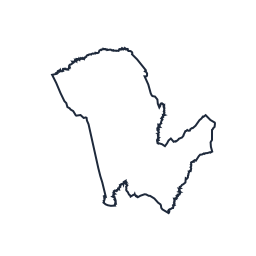 Tap Khlo, Phichit, Thailand, rotated 138°
{"feature_id": "78962969B53438077198492", "entity_name": "Tap Khlo", "entity_type": "district", "adm_level": 2, "iso_a3": "THA", "parent_name": "Thailand", "parent_adm1": "Phichit", "projection": "robinson", "projection_center": [100.596, 16.192], "detail": "fine", "context": "isolated", "style": "outline", "palette": "slate", "viewbox_px": 256, "rotation_deg": 138, "n_neighbors": 0, "source": "geoboundaries", "source_scale": "gbopen_adm2", "svg_char_len": 5766}
<svg xmlns="http://www.w3.org/2000/svg" viewBox="0 0 256 256"><g transform="rotate(138 128 128)"><path d="M92.2,202.1L93.1,202.8L93.4,203.5L94.0,203.2L94.7,203.8L95.6,203.8L95.7,204.3L97.4,204.7L99.3,203.7L99.9,203.8L100.8,204.3L101.7,205.5L102.0,205.1L102.5,205.2L103.0,205.9L104.0,206.3L104.4,207.0L105.9,207.5L106.2,207.3L106.8,208.1L108.1,208.8L108.7,208.7L109.3,209.3L110.4,209.4L111.4,208.8L112.4,209.2L113.1,209.0L113.2,209.4L113.8,209.5L114.6,208.7L114.9,209.4L115.3,209.6L115.2,210.6L115.9,210.6L116.1,211.1L116.4,210.8L116.8,211.4L117.4,211.1L118.1,211.4L118.5,211.1L118.6,211.7L118.1,211.8L118.0,212.4L118.5,212.2L119.5,213.2L119.6,212.4L120.4,213.2L120.6,212.4L121.2,212.3L121.7,213.6L121.9,213.1L122.0,213.6L122.5,213.5L122.6,212.9L123.0,213.5L124.1,213.1L124.5,213.9L125.0,213.5L125.2,214.0L125.4,213.3L126.4,213.2L128.1,213.5L129.0,214.0L129.7,213.8L130.0,213.2L130.4,213.3L130.8,211.9L131.3,212.2L131.5,211.9L131.7,212.2L132.1,211.8L133.5,211.9L133.6,211.6L134.3,212.3L134.2,212.7L134.9,213.2L134.7,213.9L135.3,214.4L135.7,214.3L135.8,214.7L136.7,215.4L137.8,214.6L138.0,213.8L139.0,214.2L139.8,215.0L139.5,216.2L140.5,215.6L141.0,215.7L140.6,216.8L141.3,217.0L141.9,216.3L142.4,217.1L143.5,216.5L144.0,216.7L143.8,215.9L144.6,215.9L148.8,218.3L151.2,209.5L154.8,199.1L157.3,190.5L157.2,187.8L159.0,184.1L158.2,181.7L158.3,180.1L157.4,177.2L158.3,172.6L158.2,171.8L154.6,169.4L154.2,165.1L152.3,164.1L152.0,163.2L153.5,161.1L154.8,157.2L177.0,117.9L180.8,110.7L183.5,104.8L189.6,93.5L190.3,92.2L190.7,93.3L191.4,93.4L191.4,92.9L191.8,92.6L191.4,92.1L192.0,91.5L192.3,91.7L193.0,91.3L193.1,90.7L194.4,89.9L194.8,90.1L195.6,88.8L196.1,88.8L195.7,86.2L194.7,84.1L192.8,81.6L189.8,79.2L189.7,79.8L188.3,79.7L188.5,80.2L188.1,80.5L188.1,80.1L187.4,80.2L186.4,81.6L186.1,83.2L185.6,82.7L185.0,83.9L185.0,84.7L184.2,85.5L184.3,86.2L185.0,86.4L185.4,87.4L184.7,87.2L183.8,88.1L183.0,87.8L182.6,88.6L181.9,88.1L182.2,89.5L181.4,89.4L180.9,90.5L179.7,90.4L179.0,89.1L178.3,89.4L178.1,88.9L177.5,89.2L176.5,88.9L176.1,89.4L175.7,88.5L175.2,89.4L174.6,89.5L174.6,90.0L174.3,89.4L173.9,89.5L173.5,90.6L173.4,89.4L173.1,89.4L173.0,90.1L172.3,90.3L172.1,91.0L171.3,90.8L171.6,90.1L170.7,90.8L169.6,90.4L169.0,89.8L169.2,89.2L167.9,90.2L167.5,89.5L166.6,89.8L166.3,89.5L166.6,90.6L165.1,90.3L165.5,89.9L165.4,88.7L166.1,88.2L166.6,88.9L167.1,88.2L166.8,85.9L168.7,85.6L169.5,84.3L170.8,83.2L171.1,82.0L171.0,80.6L171.8,77.9L171.5,76.6L172.0,75.3L168.7,74.7L168.0,74.1L167.3,74.4L167.6,73.8L167.2,72.2L167.7,72.4L167.8,72.1L167.1,70.0L164.2,69.4L160.1,67.7L159.0,66.5L158.0,63.8L157.0,62.8L155.6,58.0L155.6,52.3L155.0,49.6L155.3,48.5L156.7,46.4L156.9,44.5L154.8,37.7L154.1,38.0L153.9,37.8L153.1,38.4L153.3,39.7L153.0,40.4L153.0,40.0L151.3,39.7L151.1,39.3L148.9,39.0L148.1,38.4L147.8,38.6L148.1,39.1L147.6,38.8L146.9,39.2L146.6,40.0L145.1,39.6L145.2,40.1L144.8,39.9L144.1,41.4L143.6,41.2L143.1,42.3L142.3,42.4L141.9,43.4L141.4,43.3L141.0,44.6L140.1,43.7L139.9,44.0L139.6,43.8L139.4,43.2L139.0,43.6L138.6,43.4L138.5,44.0L137.9,44.3L136.6,43.9L136.1,44.6L135.7,44.5L136.0,44.9L135.5,44.8L135.4,45.1L134.4,44.6L133.0,44.6L132.3,45.3L132.5,45.7L132.0,45.4L132.2,45.9L131.9,46.7L132.3,47.1L131.8,47.2L131.9,47.5L131.6,47.2L131.7,47.5L131.4,47.7L131.3,47.4L131.1,48.1L131.0,47.8L130.7,47.9L130.5,48.9L129.5,48.3L129.7,48.9L129.0,49.6L127.6,49.2L125.9,49.6L124.6,49.2L121.8,49.1L118.7,52.0L118.4,50.9L116.7,51.1L115.2,52.6L114.4,52.7L113.9,53.5L111.9,54.4L111.8,55.0L110.9,54.5L110.6,54.7L110.2,54.1L109.2,54.8L108.0,55.8L107.8,57.0L106.8,57.2L106.0,57.9L105.9,58.5L105.5,58.4L104.3,60.1L103.7,60.2L101.7,58.9L101.4,59.7L99.8,59.4L99.4,58.3L94.3,59.7L92.2,59.9L90.8,58.8L88.6,58.3L88.6,57.7L86.9,57.2L85.9,56.3L83.2,55.1L83.2,54.6L81.2,54.1L79.0,58.5L76.2,62.1L73.6,62.9L66.8,70.4L65.7,70.4L65.1,70.8L62.9,70.9L60.5,73.0L59.9,74.0L61.4,78.8L61.7,85.6L64.4,85.8L64.6,86.4L64.9,86.4L67.0,85.9L69.7,86.0L76.3,84.5L80.0,84.6L80.4,85.1L82.3,85.4L83.8,84.7L85.0,85.6L85.3,86.9L86.6,86.8L87.4,87.3L91.5,85.6L91.8,85.2L94.2,84.8L97.5,86.0L98.2,85.7L100.8,85.8L101.6,86.0L101.6,86.5L103.3,87.2L103.2,91.5L106.2,91.6L109.2,90.5L112.7,89.8L113.6,93.3L115.3,96.0L115.8,96.0L116.1,96.7L115.7,96.9L115.8,97.3L115.3,97.8L115.5,98.2L115.0,98.9L114.8,98.5L114.2,98.6L114.6,99.0L114.4,99.4L113.3,98.6L113.0,99.9L111.6,100.0L112.0,100.6L111.5,100.7L111.5,101.4L111.0,102.2L110.6,102.2L110.5,101.9L110.0,102.3L109.8,102.7L110.2,102.6L110.2,103.0L109.5,103.3L109.6,103.8L109.3,103.6L109.2,103.9L107.9,104.1L107.8,105.3L106.8,105.8L107.4,106.2L107.5,106.8L106.8,107.1L106.8,107.8L106.3,108.1L105.8,107.1L105.1,107.6L104.6,107.5L104.6,108.6L104.0,108.7L103.6,108.1L103.6,109.8L103.2,110.3L102.6,109.5L102.6,108.8L101.7,109.4L100.2,109.2L100.1,109.8L98.4,110.9L96.8,111.2L96.9,112.7L96.2,112.6L96.0,113.1L95.5,113.2L95.1,112.6L94.7,112.6L94.7,113.0L93.9,113.4L93.4,114.2L92.9,113.4L92.2,113.1L92.6,113.8L92.5,114.2L91.6,114.1L91.4,114.8L90.5,115.2L90.5,116.2L89.5,116.4L89.5,116.9L88.4,117.8L87.7,119.0L87.5,118.9L87.4,119.9L86.3,120.1L86.2,120.6L85.7,121.0L86.3,121.3L86.0,122.4L86.5,122.7L86.2,123.5L86.8,124.1L88.1,124.0L89.4,122.8L91.0,122.3L89.6,126.1L87.1,129.5L86.9,133.3L88.5,135.4L88.5,136.5L87.9,138.6L83.8,146.8L81.1,155.3L79.6,154.0L78.8,154.2L77.3,155.8L77.0,157.6L77.5,158.8L76.1,159.0L75.3,173.0L75.7,180.1L74.7,180.7L74.3,181.6L74.6,183.4L76.1,184.9L75.9,185.2L76.2,186.1L75.8,186.4L76.1,186.6L75.6,187.2L76.6,188.1L76.8,189.2L77.4,188.7L77.6,189.6L78.5,189.5L79.0,191.4L79.5,191.3L79.7,190.8L79.9,191.2L80.7,190.9L81.0,191.2L80.9,191.7L81.6,192.4L83.4,191.6L84.7,193.1L85.2,193.2L85.8,194.2L87.0,195.0L87.3,195.4L87.0,195.8L88.2,196.7L88.3,197.6L88.8,198.2L91.4,199.9L91.1,200.6L91.9,201.1L91.9,201.5L92.3,201.7L92.2,202.1Z" fill="none" stroke="#1e293b" stroke-width="2"/></g></svg>